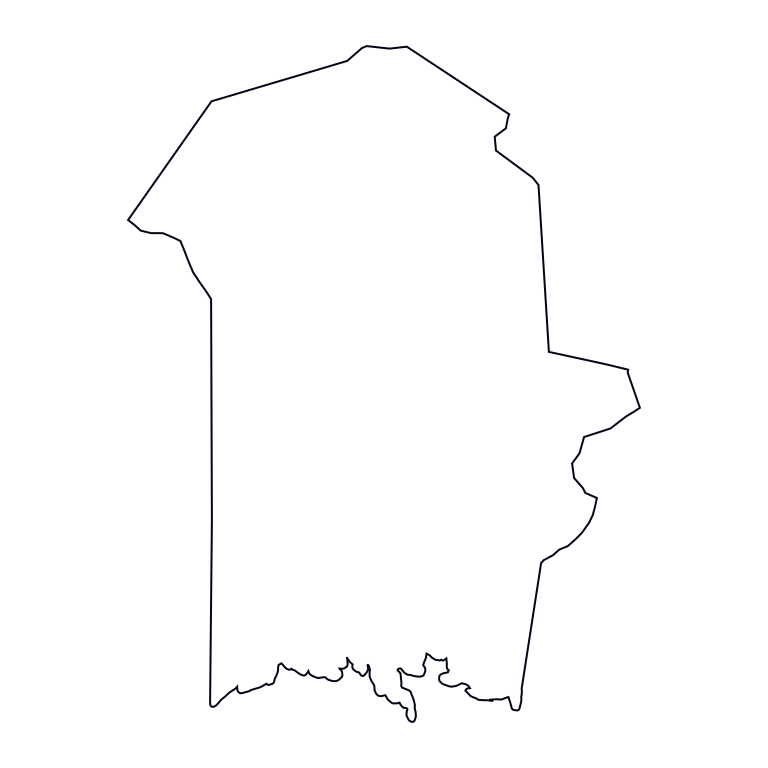 outline of Añisoc, Wele-Nzás, Equatorial Guinea
{"feature_id": "11065452B27397509806446", "entity_name": "Añisoc", "entity_type": "district", "adm_level": 2, "iso_a3": "GNQ", "parent_name": "Equatorial Guinea", "parent_adm1": "Wele-Nzás", "projection": "natural_earth1", "projection_center": [10.841, 1.768], "detail": "fine", "context": "isolated", "style": "outline", "palette": "ink", "viewbox_px": 768, "rotation_deg": 0, "n_neighbors": 0, "source": "geoboundaries", "source_scale": "gbopen_adm2", "svg_char_len": 5954}
<svg xmlns="http://www.w3.org/2000/svg" viewBox="0 0 768 768"><path d="M210.1,701.5L210.2,704.1L210.3,704.6L210.4,705.1L210.5,705.3L210.6,705.6L210.9,705.9L211.2,706.3L211.4,706.4L211.6,706.6L212.0,706.7L212.4,706.9L212.7,706.9L212.9,706.9L213.3,706.8L213.7,706.7L215.5,705.9L215.9,705.5L216.3,705.3L219.3,702.0L221.5,699.4L224.2,697.3L226.9,694.9L229.3,692.6L232.1,690.8L235.4,688.6L235.6,688.3L235.9,688.2L237.1,686.8L237.1,687.2L237.1,687.6L237.5,690.2L237.7,690.7L237.8,691.2L238.0,691.4L238.1,691.6L238.4,691.9L238.7,692.3L239.7,692.9L239.9,693.0L240.1,693.1L240.5,693.2L240.9,693.3L241.2,693.2L241.5,693.2L243.7,692.7L248.7,691.3L249.0,691.1L249.4,691.1L250.8,690.1L260.1,687.3L260.3,687.2L260.6,687.1L266.5,683.7L266.8,684.1L267.7,684.8L267.9,684.8L269.0,684.9L272.4,683.8L273.5,683.0L274.1,681.7L275.0,678.0L275.2,677.8L275.5,677.3L275.9,676.8L277.0,673.9L277.8,671.9L277.8,671.4L278.0,670.9L278.1,667.2L278.6,665.0L280.8,663.6L281.4,663.4L282.4,664.3L284.3,666.6L285.9,668.2L286.3,668.4L286.7,668.7L288.6,669.6L288.9,669.6L289.1,669.7L289.5,669.7L289.9,669.7L290.2,669.6L290.4,669.6L290.8,669.3L291.1,669.1L291.3,668.8L291.4,668.7L291.5,668.8L291.7,669.0L291.9,669.3L292.3,669.4L292.6,669.7L295.1,670.6L297.6,672.6L300.6,674.5L301.0,674.7L301.3,674.9L303.5,675.5L304.8,675.4L305.9,674.6L307.7,672.4L307.9,672.0L308.1,671.7L308.4,671.1L309.3,673.4L310.1,674.4L312.0,675.7L312.3,675.8L312.5,676.0L317.3,677.9L318.4,678.0L323.7,677.2L325.3,677.3L327.3,679.2L327.8,679.4L328.2,679.7L332.3,681.0L332.6,681.0L333.0,681.1L336.0,681.1L336.5,680.9L337.0,680.8L338.5,680.1L338.8,679.8L339.1,679.6L341.5,677.4L342.2,676.2L342.4,674.7L342.1,672.3L342.0,672.0L342.0,671.7L341.8,671.3L341.6,670.9L341.4,670.7L341.2,670.4L339.9,669.2L339.5,668.5L340.0,668.5L342.6,668.8L343.2,668.7L343.7,668.6L346.4,667.0L347.2,666.0L347.3,665.9L347.6,664.6L347.4,659.7L347.0,658.2L346.9,658.0L347.0,657.9L347.9,659.2L349.6,661.7L349.9,662.0L350.1,662.3L352.1,663.9L352.6,664.5L352.5,664.8L352.5,665.2L352.4,665.5L352.3,666.9L352.6,668.3L353.4,669.5L355.8,671.4L356.2,671.6L356.7,671.8L359.1,672.5L359.6,673.1L360.5,674.6L360.7,674.9L360.9,675.2L361.2,675.4L361.5,675.6L361.8,675.7L362.1,675.9L362.4,675.9L362.8,676.0L363.1,675.9L363.4,675.8L363.7,675.6L364.1,675.5L364.3,675.2L364.5,675.0L366.8,672.2L367.1,671.7L367.3,671.3L368.0,669.5L368.0,669.3L368.1,669.1L368.1,668.5L368.2,668.0L368.1,667.8L368.1,667.5L367.6,665.6L367.7,665.0L367.9,664.9L368.5,665.4L369.0,666.6L369.9,669.7L369.6,672.8L369.6,676.0L369.9,677.4L371.8,681.7L372.0,681.9L372.2,682.2L373.3,683.7L374.3,685.8L374.6,689.9L374.7,690.5L374.9,691.1L375.8,693.1L376.1,693.5L376.3,693.9L377.8,695.4L378.3,695.6L378.7,695.9L378.9,695.9L379.0,695.9L380.8,696.2L381.3,696.1L381.7,696.1L385.0,695.2L385.5,695.4L387.6,699.2L388.0,699.5L388.3,700.0L392.0,703.0L392.5,703.2L393.0,703.4L395.9,703.4L396.1,703.4L396.3,703.4L398.4,703.0L398.6,702.9L398.9,702.8L399.4,702.6L399.6,702.7L400.2,704.1L400.4,704.4L400.6,704.8L402.5,707.0L402.8,707.2L403.1,707.5L403.4,707.6L403.6,707.8L404.0,707.8L404.3,707.9L405.9,707.9L406.8,708.3L407.5,709.4L406.9,710.7L406.9,711.2L406.7,711.6L406.5,714.9L406.6,715.5L406.7,716.1L408.7,719.9L409.1,720.3L409.5,720.7L411.5,721.8L412.7,721.9L412.9,721.9L414.0,721.3L414.8,720.1L415.7,717.1L415.8,716.5L415.9,715.9L415.6,712.2L415.5,711.9L415.5,711.6L414.8,708.6L414.8,704.4L414.7,704.0L414.6,703.6L413.4,699.0L413.3,698.8L413.3,698.6L411.6,694.7L410.7,692.1L410.4,691.8L410.3,691.4L410.0,691.2L409.9,690.9L409.5,690.8L409.2,690.5L402.2,687.6L401.3,686.3L401.4,682.3L400.6,674.3L400.5,673.8L400.4,673.4L400.2,673.1L400.1,672.9L399.8,672.6L399.6,672.2L397.7,670.6L397.8,669.3L398.0,669.1L399.5,668.5L400.8,668.5L401.6,669.4L403.7,672.0L404.0,672.3L404.2,672.6L406.8,674.4L408.0,674.8L410.5,675.0L413.5,675.9L418.4,676.7L418.7,676.6L419.1,676.7L422.0,676.2L423.1,675.7L424.0,674.5L425.0,672.0L425.3,670.7L425.3,669.2L425.2,669.0L425.2,668.7L425.0,668.2L424.9,667.7L424.7,667.3L423.2,665.2L423.3,664.7L424.2,662.0L425.7,658.4L425.8,658.0L425.9,657.7L426.3,655.3L426.6,653.6L429.8,655.4L431.9,657.6L432.2,657.8L432.6,658.1L435.4,659.7L435.8,659.8L436.1,659.9L439.4,660.4L439.9,660.3L440.3,660.3L440.5,660.2L441.3,659.7L441.8,660.2L442.0,660.3L442.6,660.3L443.1,660.5L443.2,660.4L443.4,660.4L443.8,660.1L444.3,660.0L446.3,658.4L446.8,662.7L446.8,667.3L447.2,668.7L448.1,669.8L448.8,670.3L448.3,671.3L447.9,672.3L446.7,672.6L443.3,673.3L443.1,673.5L442.8,673.5L440.6,674.6L439.7,675.5L439.2,676.9L439.2,677.1L439.1,679.1L439.3,680.5L440.1,681.7L442.4,683.8L442.8,684.0L443.2,684.2L446.5,685.4L450.2,686.6L450.7,686.6L451.2,686.7L455.4,686.1L455.7,686.0L456.0,686.0L458.8,684.7L461.5,683.4L462.7,683.4L466.1,684.4L468.4,685.9L469.9,688.1L466.7,688.7L465.4,690.7L470.8,696.2L473.5,697.4L475.9,698.2L478.3,699.8L483.3,700.2L487.1,700.2L493.2,701.0L489.1,699.8L496.9,699.2L497.4,699.3L497.9,699.4L501.4,699.5L502.6,699.2L503.5,698.7L508.3,697.0L508.6,697.2L509.0,699.0L509.1,699.3L509.2,699.6L510.1,702.0L511.7,708.1L512.0,708.6L512.3,709.1L512.5,709.3L513.0,709.6L513.5,709.9L516.7,710.4L517.2,710.4L517.7,710.4L517.8,710.3L518.0,710.3L518.4,709.9L518.8,709.7L519.1,709.4L519.3,708.8L519.5,708.4L521.0,702.5L521.4,699.7L521.4,699.2L521.4,698.7L521.2,697.2L521.7,694.1L521.9,690.6L521.7,689.3L521.7,689.2L521.7,688.4L541.1,563.2L543.7,560.2L553.1,555.1L559.3,549.6L567.8,546.1L575.7,539.1L581.9,532.8L589.0,522.9L592.7,515.3L594.7,508.0L596.9,498.0L585.4,493.0L582.9,488.1L574.1,478.0L572.1,463.4L579.5,453.3L584.1,437.0L610.4,428.5L626.0,416.5L633.5,412.0L639.9,407.8L627.7,372.6L628.2,369.7L606.8,364.5L548.9,351.9L538.5,185.0L532.8,177.8L496.0,150.6L494.7,136.7L505.9,128.3L507.9,117.8L509.2,114.3L406.8,46.7L389.6,48.6L366.6,46.1L361.9,48.1L347.2,60.9L211.5,101.3L128.1,220.0L134.4,224.9L140.7,230.6L150.9,233.1L163.0,233.2L174.4,238.1L180.5,241.1L184.6,251.3L187.9,260.0L193.0,272.1L199.5,282.0L206.5,291.9L211.1,299.1L211.9,520.3L210.1,701.5Z" fill="none" stroke="#020617" stroke-width="2"/></svg>